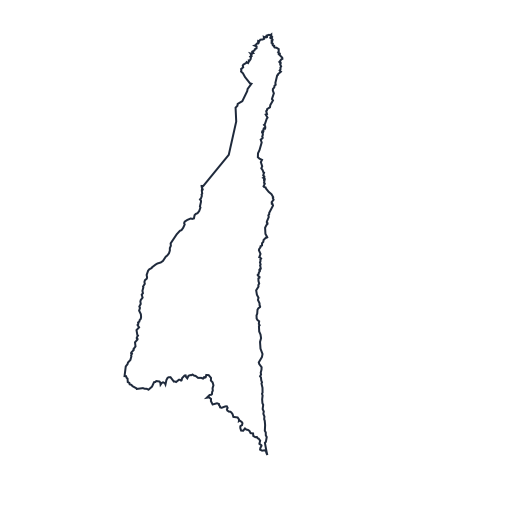 the district of Jaborandi, Bahia, Brazil, rotated 310°
{"feature_id": "56859067B63285014650329", "entity_name": "Jaborandi", "entity_type": "district", "adm_level": 2, "iso_a3": "BRA", "parent_name": "Brazil", "parent_adm1": "Bahia", "projection": "mercator", "projection_center": [-45.328, -14.136], "detail": "fine", "context": "isolated", "style": "outline", "palette": "slate", "viewbox_px": 512, "rotation_deg": 310, "n_neighbors": 0, "source": "geoboundaries", "source_scale": "gbopen_adm2", "svg_char_len": 6136}
<svg xmlns="http://www.w3.org/2000/svg" viewBox="0 0 512 512"><g transform="rotate(310 256 256)"><path d="M333.5,198.8L332.8,196.1L332.9,193.9L336.0,191.5L339.4,190.6L346.6,187.4L348.2,184.8L350.4,185.3L351.0,185.0L351.6,183.9L353.2,183.4L354.1,182.4L355.8,181.7L354.9,181.0L355.5,180.6L356.4,181.0L358.7,179.9L359.3,180.1L359.3,181.0L360.1,180.8L361.4,179.5L361.6,177.9L362.6,178.1L368.0,176.0L369.4,175.9L370.6,172.5L371.8,173.2L373.5,170.7L374.5,170.8L375.7,170.1L378.9,171.1L380.9,169.9L386.1,169.0L386.5,167.3L392.1,165.1L393.5,162.6L394.8,161.6L396.9,161.6L398.4,160.7L399.8,161.0L401.0,159.6L408.0,156.1L408.9,156.4L409.5,156.0L413.2,156.6L413.3,154.9L414.9,154.7L416.0,153.6L417.4,153.4L418.2,151.5L419.1,151.2L419.5,149.6L420.1,150.2L420.6,149.1L422.9,149.0L424.0,149.5L424.8,148.6L425.2,144.3L425.8,144.6L426.3,144.2L425.7,143.2L426.6,142.5L426.5,142.0L427.2,142.0L429.1,140.4L428.7,137.8L427.7,136.2L428.1,135.0L428.7,134.7L428.2,133.5L428.5,132.8L429.5,132.3L429.3,130.9L431.0,130.3L430.9,129.7L432.3,129.7L432.8,128.3L432.2,127.3L432.3,126.7L432.9,126.5L433.7,127.7L434.2,127.6L434.4,126.2L435.5,125.3L434.5,125.1L433.7,123.7L431.9,122.6L431.6,123.2L430.7,123.7L429.8,123.1L430.0,122.3L428.9,121.8L428.8,121.2L427.5,122.6L426.1,121.9L424.5,120.3L422.7,120.4L422.2,119.4L421.3,120.0L421.1,121.0L420.3,121.1L419.2,120.1L417.2,120.2L416.3,119.7L416.9,121.8L415.4,122.9L413.6,122.2L412.5,122.7L410.3,121.8L409.7,123.5L409.2,123.0L409.4,122.3L408.0,122.7L407.6,121.8L407.3,123.2L406.7,123.0L406.2,124.1L405.0,123.5L404.7,124.6L403.4,125.3L401.7,125.5L401.2,124.8L400.5,125.5L398.7,125.9L398.5,124.2L397.6,124.4L394.5,123.3L393.3,123.5L392.3,124.9L389.6,124.4L389.1,125.2L387.7,126.0L387.6,128.5L386.0,132.6L384.4,140.4L385.0,141.8L378.6,142.2L376.6,143.3L365.8,146.0L360.8,144.2L359.1,145.2L356.5,145.0L346.3,154.4L316.0,170.1L275.8,170.6L274.7,169.3L274.1,169.9L274.4,170.4L272.4,171.7L272.9,172.0L272.6,172.5L271.1,172.6L269.2,174.7L268.1,174.8L267.2,175.9L264.5,176.9L263.4,176.7L262.9,178.4L262.2,179.0L257.9,181.2L257.4,182.3L253.9,183.6L251.2,183.7L249.5,182.8L247.8,182.7L244.9,184.3L243.4,183.3L242.8,181.9L239.5,180.2L236.5,179.3L235.0,179.8L234.3,181.1L230.8,182.1L227.9,182.3L226.4,181.5L221.7,181.3L210.8,182.5L209.1,184.2L206.7,184.9L204.8,186.5L202.1,187.6L199.2,187.7L197.5,187.3L192.4,187.9L189.8,187.2L186.9,185.3L184.9,184.6L180.4,183.6L179.7,183.8L177.2,182.8L175.4,182.8L171.2,184.4L169.7,186.2L168.5,186.9L166.1,186.5L164.4,187.2L163.2,188.7L160.0,189.1L159.5,189.9L156.3,191.4L154.8,193.3L152.9,193.3L151.2,195.9L148.3,196.0L146.9,196.6L145.2,198.5L142.3,199.1L141.6,200.5L139.0,201.6L137.4,205.2L135.4,207.2L133.8,208.1L132.1,208.1L130.7,208.8L129.3,208.4L128.4,209.5L127.0,209.6L126.2,212.3L122.4,212.1L119.2,215.9L119.2,216.7L116.9,217.1L116.2,217.7L116.4,218.4L115.9,218.9L112.1,218.8L109.3,221.8L105.9,222.0L105.5,222.7L101.9,222.5L101.3,222.8L101.4,223.8L99.6,224.2L99.1,225.0L95.6,226.6L92.1,226.4L90.6,227.1L87.7,227.2L79.5,232.5L80.4,233.7L79.5,235.2L79.5,236.4L77.0,238.8L77.4,240.5L76.5,241.7L77.2,243.4L76.9,245.0L77.8,249.6L77.5,250.1L82.1,254.3L82.7,256.0L84.0,257.6L84.5,259.6L89.1,260.3L93.8,259.0L94.8,259.9L96.1,260.0L97.8,262.7L97.5,264.1L96.1,265.6L98.2,265.4L99.5,266.0L100.0,268.0L99.4,269.2L103.4,267.1L105.7,266.6L106.8,266.9L108.2,268.4L107.0,273.8L107.7,274.4L108.1,275.8L111.7,276.5L112.3,277.3L112.4,278.7L112.9,278.9L115.0,277.9L118.5,278.1L119.3,278.8L118.4,280.1L118.1,282.0L120.9,281.3L122.6,282.3L123.0,283.0L124.4,283.6L124.6,285.7L125.3,286.7L125.4,290.0L127.4,292.3L128.0,294.2L129.6,294.0L130.1,294.4L129.9,295.0L130.7,295.4L132.9,294.4L134.3,296.3L133.7,299.9L131.6,301.5L131.3,304.0L129.6,306.5L126.8,307.7L125.0,309.5L123.6,309.8L122.0,311.0L121.1,311.0L119.7,309.8L115.8,309.4L117.5,310.9L117.6,313.4L115.9,314.7L114.4,318.2L118.1,320.8L118.4,321.6L118.8,322.9L117.9,323.7L117.7,325.1L117.0,325.8L117.6,327.2L121.1,329.2L122.1,330.3L121.4,331.9L119.9,332.2L119.2,333.3L119.4,335.4L120.2,336.3L120.3,337.6L119.8,339.7L118.2,342.1L120.5,345.7L119.8,348.2L118.6,349.0L119.3,349.2L119.6,350.0L119.6,352.3L119.2,353.1L117.5,354.0L115.7,353.4L115.1,353.7L114.1,354.6L112.7,356.8L113.9,358.5L116.8,358.4L116.8,360.2L117.6,361.6L117.8,363.4L116.8,365.7L118.2,367.8L116.4,369.6L116.8,372.0L117.9,373.0L117.4,374.4L117.8,375.4L117.2,377.9L114.3,379.3L114.5,381.7L114.2,382.2L111.8,382.7L110.3,383.6L110.8,385.8L112.6,387.4L113.0,389.7L118.6,382.9L120.0,383.0L124.2,380.6L124.9,378.8L127.1,376.9L127.8,375.1L132.3,371.7L135.4,368.6L136.3,367.1L138.4,365.7L139.8,363.1L141.9,361.9L143.0,359.5L146.6,357.2L147.4,355.5L150.2,352.8L153.3,350.8L154.3,349.2L155.6,348.8L159.2,345.7L161.8,342.2L163.1,341.8L164.0,340.1L166.1,337.9L166.5,336.4L168.4,336.1L169.7,334.6L172.4,333.3L174.4,331.8L175.3,328.0L176.3,326.5L182.4,325.5L185.1,324.0L187.9,319.0L192.8,314.3L196.3,312.7L198.7,310.0L200.2,307.0L204.2,303.3L205.3,303.3L205.8,301.8L208.0,300.4L207.9,298.3L208.5,296.7L210.8,294.6L212.6,294.0L215.8,291.7L217.4,291.4L219.5,291.9L220.1,291.5L220.5,290.5L222.1,289.0L223.6,285.7L225.6,284.8L226.9,281.6L229.8,278.2L234.1,277.6L235.2,276.5L237.0,276.1L238.4,274.0L240.4,272.2L241.6,272.6L242.2,272.2L242.3,269.8L242.7,269.4L244.0,269.6L245.2,268.8L246.8,268.7L247.4,267.5L248.3,267.4L248.3,268.0L249.5,267.7L251.5,265.1L252.3,265.1L252.8,264.5L253.7,263.1L255.0,262.7L256.1,261.6L257.3,261.6L257.5,260.1L257.2,259.3L260.5,258.1L262.3,254.5L263.2,254.0L265.6,253.8L266.3,253.2L268.0,253.8L269.7,252.4L271.5,252.5L273.2,251.5L276.4,251.8L276.8,252.4L277.6,252.6L279.0,249.0L283.5,244.8L286.4,244.1L288.0,244.2L288.6,243.6L288.4,243.0L289.3,242.2L294.1,240.7L295.1,239.3L296.4,239.3L297.5,238.4L305.6,236.6L306.6,234.9L306.2,234.5L307.3,233.4L310.4,233.3L311.3,231.5L312.1,231.4L313.3,228.1L313.3,224.4L314.1,220.3L314.7,219.3L314.1,218.0L314.2,217.0L317.0,216.3L317.2,215.1L318.1,214.8L319.3,213.3L319.9,212.9L320.0,213.6L320.6,213.3L320.9,212.6L320.6,211.3L321.8,211.6L322.3,211.3L322.4,209.7L325.0,208.6L324.8,208.0L326.0,206.0L326.6,203.7L328.7,203.1L331.0,199.4L333.5,198.8ZM113.0,389.7L112.1,390.1L110.8,392.6L113.0,389.7Z" fill="none" stroke="#1e293b" stroke-width="2"/></g></svg>